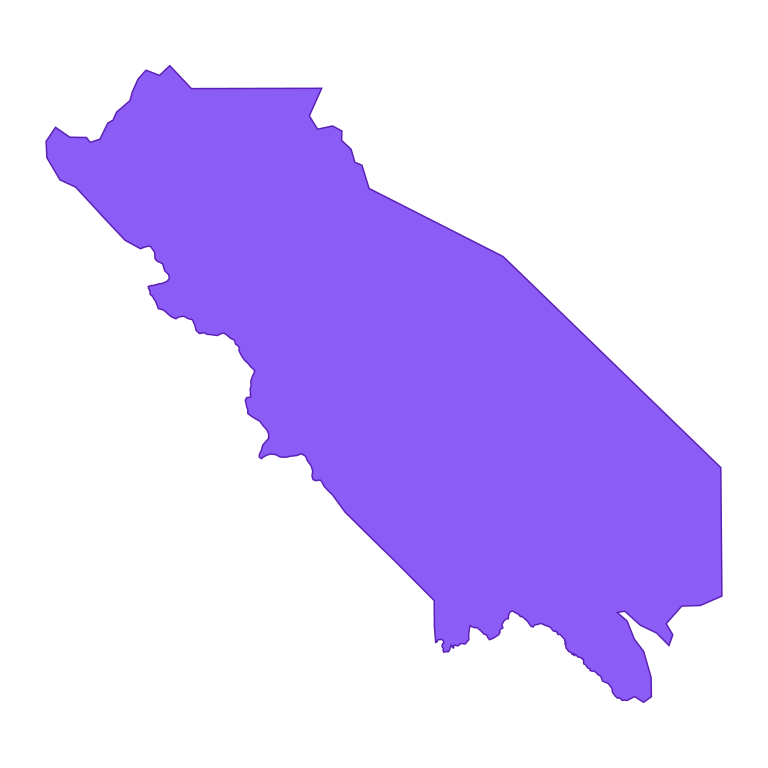 outline of San Benito, California, United States of America
{"feature_id": "52423323B5435817984489", "entity_name": "San Benito", "entity_type": "district", "adm_level": 2, "iso_a3": "USA", "parent_name": "United States of America", "parent_adm1": "California", "projection": "albers", "projection_center": [-121.114, 36.593], "detail": "fine", "context": "isolated", "style": "filled", "palette": "violet", "viewbox_px": 768, "rotation_deg": 0, "n_neighbors": 0, "source": "geoboundaries", "source_scale": "gbopen_adm2", "svg_char_len": 3906}
<svg xmlns="http://www.w3.org/2000/svg" viewBox="0 0 768 768"><path d="M46.1,141.4L46.9,157.7L60.0,179.9L75.6,187.1L99.4,212.8L102.0,215.8L125.1,240.3L140.5,248.7L144.2,247.2L148.3,246.2L150.6,246.5L154.7,252.3L155.0,258.7L157.3,261.3L159.9,262.3L162.8,264.1L163.7,267.6L164.8,270.8L168.6,274.7L169.4,278.1L167.5,281.0L164.1,282.7L161.8,283.6L159.6,283.6L157.8,284.2L153.6,285.4L151.0,285.6L148.3,286.5L148.6,288.5L149.9,291.1L150.2,294.4L152.5,296.3L154.3,299.6L155.7,301.5L156.7,304.1L158.4,308.7L162.2,309.5L165.0,311.1L167.5,313.6L171.5,316.9L175.9,318.8L178.7,317.0L183.9,316.2L188.1,318.6L192.4,319.7L194.8,325.0L196.1,330.4L199.4,333.5L204.6,332.7L206.9,334.3L210.7,334.6L215.0,335.2L217.4,335.5L220.7,333.8L224.0,333.0L226.4,334.7L230.5,338.2L234.5,340.2L235.6,344.1L238.0,345.7L239.4,348.3L238.9,350.3L241.1,355.1L244.4,360.1L247.5,362.8L251.3,367.4L254.5,370.1L254.1,373.3L252.9,375.1L250.8,381.0L251.1,386.2L250.1,389.1L250.5,392.2L250.4,394.3L250.8,396.9L248.7,397.4L246.7,397.6L245.3,400.2L245.7,401.8L246.3,404.9L246.9,407.5L247.8,409.5L247.8,413.4L251.3,416.2L255.8,419.0L259.8,421.2L263.0,425.7L265.9,428.7L267.5,431.1L268.7,434.3L268.6,438.4L265.7,441.7L262.7,445.2L261.4,450.3L259.3,454.6L259.4,457.4L261.8,458.6L262.8,457.2L267.3,455.0L270.5,454.0L275.6,454.6L280.5,457.1L286.0,457.2L290.5,456.2L296.5,455.6L299.9,454.3L301.5,453.8L305.7,456.3L307.1,460.2L311.2,466.0L312.7,471.1L312.0,476.0L313.1,479.6L316.3,480.8L317.9,480.1L321.0,480.4L324.2,486.4L329.0,491.6L332.3,494.6L345.3,512.4L379.0,545.6L393.8,560.0L434.2,600.6L434.4,626.7L435.7,642.4L436.4,642.2L437.5,641.2L437.4,640.1L438.4,639.6L439.8,639.7L441.9,639.3L443.5,641.2L443.9,642.1L443.3,643.6L442.7,643.7L442.1,645.1L442.2,646.8L443.6,649.0L443.0,650.3L443.9,652.2L444.7,652.1L447.0,651.3L447.9,651.9L448.9,651.2L449.7,649.6L450.4,647.3L450.9,645.4L451.8,645.2L452.2,646.3L452.2,647.0L452.8,647.8L453.5,647.9L453.7,646.9L453.7,646.0L454.7,645.0L456.1,645.6L458.4,645.7L459.9,644.0L462.3,643.6L465.2,644.0L466.9,641.9L468.9,639.6L468.6,634.6L469.3,629.7L469.7,626.5L470.4,625.5L471.3,626.6L472.8,626.9L474.7,627.8L476.9,627.5L478.4,628.8L481.4,631.3L483.8,634.0L486.6,635.0L488.1,638.0L489.5,639.7L493.1,638.3L495.2,637.0L498.8,634.6L500.1,632.0L499.5,631.2L500.3,629.4L501.8,628.4L502.7,628.2L502.6,626.6L501.8,624.7L503.9,621.0L506.3,618.8L508.3,618.8L508.5,615.4L509.9,612.0L512.6,610.9L515.4,612.7L518.2,614.0L520.4,616.5L522.5,616.7L524.5,618.6L527.3,621.0L530.1,625.1L531.3,626.5L533.2,626.9L533.8,625.8L535.7,624.5L537.8,624.5L539.6,623.6L542.0,623.7L544.2,624.9L547.0,625.9L549.2,626.8L550.6,627.3L552.1,629.6L553.5,631.0L554.8,631.5L555.8,631.2L557.1,632.1L557.0,632.9L558.1,634.4L560.2,634.5L562.9,637.5L564.7,639.5L564.8,641.5L565.6,642.0L565.7,642.9L565.4,642.7L564.9,643.7L565.5,644.9L566.3,648.4L567.6,649.8L568.7,651.5L570.7,652.3L571.8,653.1L571.9,654.1L572.4,654.1L573.0,653.7L573.7,654.3L573.6,654.5L573.5,655.0L574.4,655.4L574.3,654.9L574.7,654.2L576.5,655.4L577.7,656.9L579.6,657.3L581.2,657.8L581.5,658.5L582.3,659.0L582.7,658.6L583.6,659.8L583.5,661.2L583.7,663.8L585.6,664.7L587.6,667.8L590.0,668.9L590.0,670.4L592.0,671.2L593.8,671.1L596.1,672.4L597.5,674.3L600.7,676.2L602.6,681.0L604.7,682.0L608.4,683.6L612.1,688.7L612.4,692.1L615.3,696.2L617.7,698.2L619.5,697.7L622.2,700.4L625.3,700.1L627.0,700.5L634.6,696.6L643.6,702.3L651.4,696.7L651.1,677.4L643.7,651.5L634.3,639.1L627.1,621.0L617.2,612.5L624.8,611.2L640.4,625.3L656.6,633.0L669.0,645.5L672.8,634.9L666.2,623.7L681.7,606.1L700.3,605.5L721.9,596.1L720.8,467.6L512.6,265.7L503.0,256.5L369.1,188.5L361.9,165.2L354.9,162.3L351.1,149.3L341.6,140.4L341.9,131.0L332.6,126.0L317.6,129.2L309.3,115.9L321.7,88.3L191.4,88.6L169.8,65.7L159.5,75.4L146.0,70.2L138.0,79.2L132.3,92.0L129.9,100.7L116.6,112.1L113.0,120.2L107.9,122.9L99.9,139.2L90.2,142.4L86.4,137.5L69.7,137.2L55.5,127.3L46.1,141.4Z" fill="#8b5cf6" stroke="#5b21b6" stroke-width="1.5"/></svg>